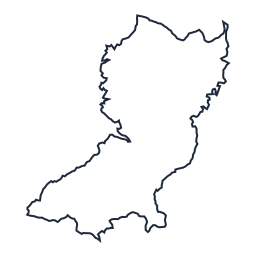 Bofete, São Paulo, Brazil
{"feature_id": "56859067B50203748010191", "entity_name": "Bofete", "entity_type": "district", "adm_level": 2, "iso_a3": "BRA", "parent_name": "Brazil", "parent_adm1": "São Paulo", "projection": "natural_earth1", "projection_center": [-48.291, -23.129], "detail": "fine", "context": "isolated", "style": "outline", "palette": "slate", "viewbox_px": 256, "rotation_deg": 0, "n_neighbors": 0, "source": "geoboundaries", "source_scale": "gbopen_adm2", "svg_char_len": 4681}
<svg xmlns="http://www.w3.org/2000/svg" viewBox="0 0 256 256"><path d="M99.9,240.6L99.3,236.8L98.0,234.5L100.3,232.1L102.1,231.0L104.3,232.5L104.8,230.7L106.7,228.5L108.8,228.5L110.8,227.9L112.7,228.0L112.2,224.7L110.5,222.5L109.6,220.8L111.5,219.4L113.9,219.0L115.7,219.0L117.9,219.2L120.0,217.7L122.3,216.9L124.4,217.1L126.8,216.6L127.7,214.9L130.4,213.1L132.9,212.1L135.8,213.1L137.7,213.7L139.0,215.9L140.6,216.4L144.4,216.5L146.0,218.8L147.1,222.0L145.6,225.7L145.7,230.0L147.9,232.0L149.4,230.6L150.3,228.1L153.2,225.1L155.5,225.3L156.8,226.4L159.0,227.2L161.8,227.1L164.9,226.7L165.9,224.7L164.9,220.1L165.9,215.6L164.0,213.4L161.6,212.5L160.0,211.9L158.1,211.9L157.2,209.5L157.1,205.6L155.5,203.5L155.5,201.2L154.6,199.2L154.9,196.8L154.1,194.3L155.3,191.8L156.3,189.7L157.7,190.8L159.5,188.9L161.7,187.5L161.7,185.1L162.2,183.3L162.5,180.7L164.6,179.0L166.4,177.3L168.7,175.4L170.3,174.6L172.1,172.6L175.3,171.9L175.3,169.6L178.2,168.7L180.7,168.2L183.3,167.5L185.7,166.3L187.7,164.4L190.0,163.4L190.8,160.5L192.5,158.4L192.9,156.4L193.1,154.6L194.6,151.8L194.8,149.5L196.0,146.3L197.4,144.0L196.2,141.5L196.5,138.5L197.2,135.5L196.5,132.4L196.6,128.8L195.2,126.3L192.6,126.6L191.9,124.2L193.1,121.9L192.2,120.0L190.4,118.5L191.7,116.6L193.6,115.8L196.3,117.0L198.3,115.6L199.5,113.5L200.5,111.9L202.3,111.7L203.0,109.1L201.5,106.9L203.6,106.4L205.3,108.1L207.0,109.1L208.0,107.0L209.0,104.9L207.7,102.3L208.1,100.1L209.6,99.8L209.5,97.7L206.7,96.4L207.2,94.5L210.5,94.2L212.9,94.1L212.1,92.2L212.7,89.5L214.8,88.8L215.8,91.3L215.3,94.0L216.6,95.2L217.5,93.2L218.3,90.8L219.3,87.8L219.9,86.0L217.4,85.8L218.5,82.5L221.7,82.7L224.0,83.3L225.9,81.4L225.0,79.7L223.4,77.8L223.2,74.9L223.4,72.6L223.4,70.0L225.3,67.7L226.5,65.2L228.8,63.2L226.1,61.7L224.2,60.7L222.6,60.4L221.1,58.5L224.2,57.0L226.7,55.8L227.4,52.2L226.5,48.8L228.4,46.3L227.7,43.1L226.5,40.9L226.0,38.4L226.1,36.5L226.0,33.8L226.2,31.3L227.2,29.1L227.7,26.9L227.5,24.7L225.7,23.6L223.2,21.9L223.7,24.3L224.4,27.6L224.6,30.6L223.3,33.6L221.1,35.0L218.6,37.6L216.6,38.1L215.0,38.7L213.1,40.2L211.2,41.4L208.2,42.1L206.4,41.4L204.6,40.1L204.1,37.5L203.3,35.0L202.1,32.6L199.1,29.8L196.0,31.5L193.7,32.1L191.1,32.9L188.9,33.5L187.8,35.7L185.8,37.8L184.6,39.4L183.0,40.4L181.3,39.9L179.1,39.2L177.0,38.3L175.4,35.9L173.7,34.5L172.2,33.3L171.0,30.8L168.8,29.5L166.8,27.6L164.5,26.3L162.7,24.8L160.7,23.6L157.8,23.2L155.9,22.2L153.3,21.4L151.5,20.6L149.6,20.4L148.5,18.7L145.8,17.4L143.4,16.8L141.3,16.2L139.5,16.0L137.3,15.4L137.0,18.4L137.2,21.3L136.9,24.7L135.7,26.0L135.1,30.0L133.2,32.3L131.4,34.2L129.9,35.9L128.5,37.5L126.0,38.4L122.8,39.3L121.5,41.0L121.1,43.9L119.1,45.2L117.2,44.4L115.5,47.0L114.4,49.2L112.9,47.1L111.3,45.0L109.7,46.5L106.4,45.7L106.9,47.5L107.2,49.4L105.4,50.7L106.8,52.6L105.6,54.1L104.1,55.6L102.7,58.2L102.1,60.7L104.6,60.5L107.1,59.2L109.1,60.0L106.6,61.3L105.3,62.5L103.4,63.1L101.5,64.0L100.8,67.1L100.5,70.9L102.8,73.4L101.5,75.3L103.4,77.5L105.1,78.1L106.7,78.2L106.2,80.4L103.1,83.3L101.4,82.7L101.1,84.6L99.5,86.7L100.5,88.8L102.2,90.0L103.4,88.2L104.8,90.0L106.9,90.8L105.6,93.1L104.2,95.4L102.9,97.7L104.9,98.7L106.9,98.8L108.6,99.2L104.0,101.2L104.3,103.4L101.8,103.1L100.5,104.5L102.1,105.5L102.9,107.3L101.5,108.3L101.1,110.2L102.4,112.4L104.1,113.3L107.2,116.4L108.9,118.2L111.1,119.3L112.8,121.2L114.9,122.5L117.3,121.8L118.9,120.6L119.3,122.5L120.4,124.6L121.1,127.8L119.3,128.9L117.4,128.6L117.7,131.1L119.2,133.0L121.4,134.7L123.3,135.5L125.2,135.8L127.2,137.4L128.8,139.2L130.1,141.5L128.0,141.8L126.8,140.1L124.9,139.3L123.2,139.0L120.9,138.5L118.9,137.7L117.1,136.9L114.4,136.5L112.5,134.7L110.0,134.8L109.1,136.5L107.8,138.6L105.1,141.1L104.5,143.2L102.7,142.5L99.2,143.5L97.8,145.7L98.9,148.5L99.5,150.6L98.8,153.2L97.1,154.6L94.1,155.0L91.9,157.5L89.6,161.0L86.9,162.0L85.7,163.7L84.7,165.6L81.9,166.0L80.3,167.0L78.2,167.7L76.6,167.6L74.8,170.5L71.8,171.6L69.7,173.0L67.0,174.3L64.9,176.3L62.6,175.7L61.8,177.5L60.4,179.3L58.3,180.4L56.3,181.7L54.3,181.1L52.8,182.3L51.2,181.1L49.4,182.4L47.3,184.2L45.8,186.1L44.6,187.8L43.2,189.1L42.4,191.5L41.5,193.4L40.6,195.6L40.3,198.6L40.0,200.5L38.0,200.4L35.9,199.7L34.9,201.4L32.4,202.0L30.6,204.4L28.9,206.5L27.5,207.5L27.4,209.4L28.7,210.5L28.6,212.6L27.2,214.7L29.9,215.6L34.7,216.3L37.1,217.3L40.0,217.7L42.3,217.7L44.5,219.0L46.7,219.7L48.9,220.9L51.0,220.7L52.7,220.1L54.9,220.3L57.6,222.0L59.3,220.7L61.0,218.9L64.1,218.1L66.2,217.0L67.7,215.2L70.2,217.5L72.7,218.6L74.3,218.8L75.4,220.9L76.9,223.0L77.1,225.1L76.5,228.5L76.5,230.6L79.1,232.4L81.8,233.9L83.4,232.9L85.6,233.2L87.9,233.2L90.0,233.3L92.2,234.2L94.0,236.1L95.7,238.0L97.5,238.6L99.9,240.6Z" fill="none" stroke="#1e293b" stroke-width="2"/></svg>